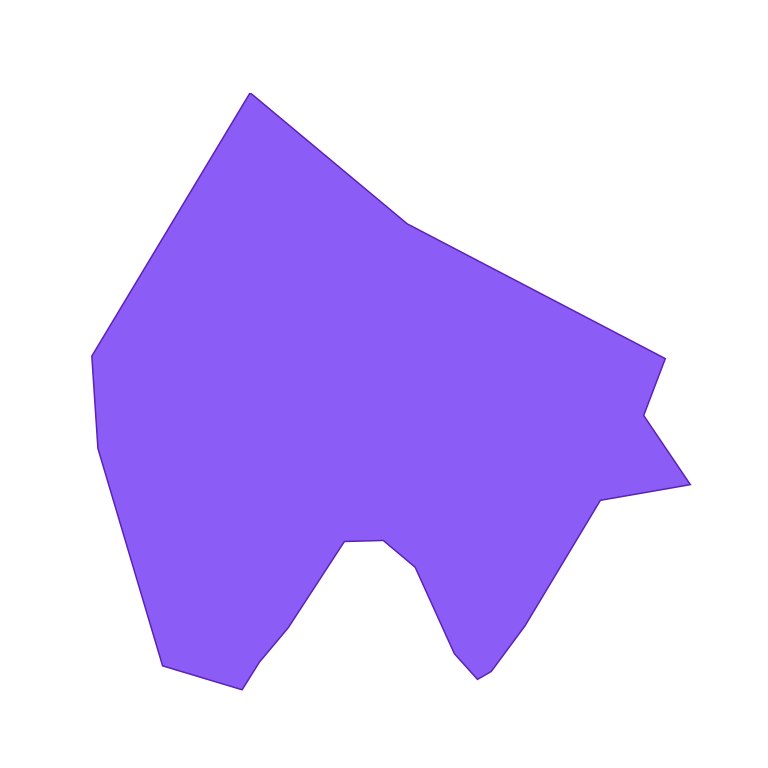 Radenci, Albers equal-area conic projection, rotated 353°
{"feature_id": "SVN-930", "entity_name": "Radenci", "entity_type": "Municipality", "adm_level": 1, "iso_a3": "SVN", "parent_name": "Slovenia", "parent_adm1": "", "projection": "albers", "projection_center": [16.055, 46.625], "detail": "fine", "context": "isolated", "style": "filled", "palette": "violet", "viewbox_px": 768, "rotation_deg": 353, "n_neighbors": 0, "source": "natural_earth", "source_scale": "10m", "svg_char_len": 419}
<svg xmlns="http://www.w3.org/2000/svg" viewBox="0 0 768 768"><g transform="rotate(353 384 384)"><path d="M129.9,636.8L92.2,413.1L97.4,320.7L286.0,79.4L287.7,79.8L426.6,227.9L666.3,393.1L637.9,446.9L675.8,521.2L584.6,525.8L494.4,641.3L455.4,682.4L440.8,688.6L421.0,660.3L392.6,569.7L364.2,539.2L325.5,535.5L259.2,614.3L226.5,644.8L205.9,670.2L129.9,636.8Z" fill="#8b5cf6" stroke="#5b21b6" stroke-width="1.5"/></g></svg>